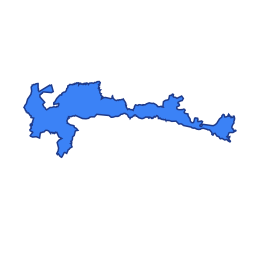 the district of Lolotla, Hidalgo, Mexico, rotated 102°
{"feature_id": "50627088B68203381384952", "entity_name": "Lolotla", "entity_type": "district", "adm_level": 2, "iso_a3": "MEX", "parent_name": "Mexico", "parent_adm1": "Hidalgo", "projection": "albers", "projection_center": [-98.729, 21.009], "detail": "fine", "context": "isolated", "style": "filled", "palette": "blue", "viewbox_px": 256, "rotation_deg": 102, "n_neighbors": 0, "source": "geoboundaries", "source_scale": "gbopen_adm2", "svg_char_len": 5886}
<svg xmlns="http://www.w3.org/2000/svg" viewBox="0 0 256 256"><g transform="rotate(102 128 128)"><path d="M158.1,178.8L156.5,179.9L155.1,179.9L154.9,180.7L154.5,180.1L153.6,180.1L152.8,181.0L152.3,180.3L150.7,180.0L148.2,180.4L146.5,179.1L142.0,178.9L141.5,178.5L140.7,176.5L139.1,178.4L138.6,180.5L137.0,181.4L136.9,185.2L135.9,187.7L136.0,188.3L135.2,188.3L134.4,189.0L133.3,189.3L131.8,188.6L131.0,189.0L130.5,187.6L129.2,188.4L128.8,186.1L127.5,184.1L127.4,182.6L126.6,182.1L128.2,174.5L127.7,171.0L126.7,168.5L125.5,167.7L124.7,166.3L124.1,163.2L121.1,161.4L119.7,149.1L121.0,146.7L120.5,144.9L119.2,142.6L118.7,140.2L117.4,138.6L116.2,138.0L115.6,136.4L114.6,135.1L114.3,133.9L114.7,133.2L114.7,132.3L115.5,130.9L116.7,130.2L117.4,129.3L117.6,128.3L118.3,127.9L117.0,127.4L116.6,126.3L114.8,125.0L114.9,124.6L114.0,124.4L113.7,123.5L113.9,122.9L114.8,122.4L114.6,121.6L115.7,119.7L116.0,116.7L115.7,115.5L114.5,113.8L113.7,113.2L113.1,110.2L113.6,110.4L113.9,110.0L113.3,109.8L113.4,109.5L113.0,109.0L113.5,108.8L113.0,108.0L113.1,107.1L113.7,106.9L113.4,105.7L112.6,105.6L112.5,105.2L111.3,104.7L111.7,103.8L111.5,103.3L109.9,102.5L110.0,101.8L110.8,100.8L112.4,100.2L111.6,98.8L112.3,98.4L112.1,98.0L112.6,96.4L112.2,95.5L112.5,95.1L112.3,93.5L112.0,93.3L113.1,92.3L112.6,92.2L112.1,89.0L112.4,86.6L111.3,82.4L113.6,79.0L113.0,77.6L112.9,76.4L114.0,74.2L114.0,66.3L114.4,65.8L114.6,64.2L114.2,62.9L114.8,60.2L114.7,58.4L114.2,57.0L113.2,56.0L112.6,54.0L112.9,50.2L113.2,49.6L112.9,47.8L114.6,45.6L115.5,44.8L116.7,44.7L117.3,43.7L117.2,43.3L115.6,42.9L115.1,41.7L117.4,39.4L117.6,37.3L119.2,35.8L119.3,35.1L118.6,33.9L119.6,30.9L118.7,29.0L119.8,27.4L120.4,25.6L120.1,25.1L119.6,25.1L117.7,27.5L116.4,26.7L115.3,26.7L116.3,28.5L116.0,29.5L114.5,28.6L111.9,28.3L111.3,27.6L110.6,24.5L108.3,21.9L108.0,22.0L107.9,22.7L108.8,23.8L108.3,23.9L107.5,25.2L106.8,25.3L106.6,26.1L105.5,26.7L102.7,26.2L101.1,25.4L99.5,25.9L98.3,25.6L97.1,26.0L96.9,25.6L95.5,26.1L94.4,26.7L94.4,27.1L94.6,27.5L95.5,27.4L96.1,28.3L96.3,29.0L95.8,29.3L96.1,29.5L95.7,29.7L95.6,30.3L95.2,30.3L95.2,31.0L94.8,31.2L95.2,31.6L94.3,32.1L93.9,32.0L93.6,32.4L94.6,32.5L94.8,32.8L95.5,32.5L96.7,34.2L97.1,35.6L95.1,36.7L94.9,37.7L96.4,38.6L97.9,38.6L100.1,40.4L105.1,42.2L106.9,43.6L108.0,45.1L108.2,46.6L108.8,55.1L109.2,55.9L111.0,56.3L111.4,57.5L111.0,58.1L110.4,58.3L108.7,56.9L106.3,56.4L105.8,57.4L107.2,60.8L106.8,61.3L105.0,61.4L104.0,61.9L104.1,64.1L104.6,64.8L107.6,64.8L109.0,65.1L109.4,65.8L109.4,67.1L108.3,68.4L106.2,69.2L103.7,71.7L101.8,72.3L101.8,75.2L101.3,76.2L100.0,76.3L98.8,75.8L98.1,76.4L97.9,77.3L98.7,78.6L99.4,81.5L99.5,83.0L99.0,84.2L97.8,84.6L96.9,84.4L95.9,82.8L95.2,82.4L94.2,82.7L93.2,84.4L92.5,84.4L90.7,82.4L89.9,80.7L87.6,80.0L85.6,82.2L88.8,86.3L88.2,87.8L88.2,90.0L87.6,90.5L86.0,90.4L85.5,91.2L85.8,91.7L87.2,92.4L87.2,93.2L87.8,94.1L91.2,94.1L92.2,94.8L93.2,97.2L94.9,98.8L99.6,98.4L100.2,97.9L100.3,99.4L99.8,100.1L100.6,101.4L100.9,103.1L100.8,103.7L100.4,103.7L99.4,105.2L98.5,108.1L99.0,109.6L99.0,112.5L100.5,114.9L101.8,116.2L102.1,118.2L102.7,118.2L102.8,121.7L103.0,122.3L103.9,122.9L103.8,125.5L105.6,126.1L107.1,126.0L109.0,126.9L109.6,126.7L109.3,128.2L109.5,129.8L109.0,130.6L109.1,131.3L110.0,132.1L107.7,134.2L106.2,134.3L106.4,134.8L105.8,135.2L104.5,135.2L103.6,135.8L100.6,138.7L101.3,139.2L101.3,140.0L100.9,140.3L101.4,140.2L102.1,141.2L102.2,142.4L102.8,142.9L102.6,143.1L102.8,144.0L103.6,145.1L103.4,146.4L102.7,147.7L101.4,149.1L99.8,149.8L100.2,150.1L102.2,149.8L102.9,151.1L102.8,156.3L103.4,158.2L105.1,160.0L103.4,160.0L102.6,159.4L101.7,161.2L100.6,161.7L100.1,161.4L99.8,162.5L98.7,163.1L97.4,163.3L96.5,162.8L96.7,164.1L94.9,164.3L95.5,164.9L95.3,165.3L94.0,165.0L93.1,165.4L91.9,164.7L91.5,165.7L90.5,164.7L89.4,164.6L88.5,165.8L89.1,167.9L90.1,168.5L90.4,170.1L91.4,170.9L91.4,172.7L92.1,174.9L93.7,175.8L92.7,176.6L92.6,177.9L92.9,178.5L94.0,178.1L94.3,178.4L94.1,179.3L93.4,179.9L93.6,180.4L94.6,180.6L94.8,181.0L94.3,181.5L94.8,182.4L94.5,182.9L94.8,183.7L94.1,183.8L94.3,184.5L95.9,185.2L94.2,185.5L94.1,186.3L94.7,186.9L94.6,187.7L95.6,188.1L95.3,189.1L96.4,189.5L96.3,190.7L97.1,190.9L97.5,193.9L97.9,194.0L99.3,195.6L101.1,195.3L102.1,196.1L104.2,196.1L105.9,197.1L106.5,198.6L108.0,199.9L109.5,199.8L109.7,201.2L110.6,201.9L114.0,203.9L117.7,205.0L118.5,205.8L120.0,205.7L120.6,205.3L119.8,204.5L119.2,202.2L118.4,201.3L118.6,200.7L119.9,200.5L121.7,201.1L121.7,202.2L122.5,202.6L122.7,205.1L123.7,206.6L124.1,208.5L127.1,211.3L126.7,212.3L125.4,213.4L124.8,214.7L122.7,216.3L120.2,214.8L116.0,220.5L114.3,221.0L113.7,221.0L112.9,220.0L112.1,220.0L111.7,219.0L110.9,218.9L110.3,218.3L109.3,210.3L107.9,208.7L101.9,211.8L102.7,212.9L102.4,213.5L110.9,222.5L109.6,223.7L108.6,223.6L107.4,224.3L103.2,225.2L103.4,226.1L104.1,227.5L104.9,228.1L104.9,229.1L105.8,230.1L105.9,230.6L106.9,230.6L108.1,231.2L112.0,229.9L115.3,230.0L120.7,232.2L125.4,232.5L127.3,233.5L128.8,233.7L129.4,234.1L130.9,232.6L131.9,232.1L132.4,231.3L133.3,231.0L133.3,230.4L134.2,229.6L133.9,228.6L136.2,226.2L136.1,225.5L136.6,225.1L137.9,225.1L137.9,222.3L141.7,222.7L142.0,222.4L144.0,223.4L144.6,222.9L144.5,222.4L145.2,222.4L145.3,223.2L144.8,224.2L145.5,224.3L146.1,224.0L146.4,223.1L147.4,222.8L148.1,223.0L148.5,222.6L150.0,223.6L151.0,223.2L151.8,220.5L152.1,220.3L155.8,222.1L156.2,221.8L156.7,219.4L155.6,216.0L156.2,212.4L151.5,212.7L150.6,212.4L150.4,211.4L149.8,210.8L149.3,209.3L147.5,208.2L147.1,206.8L147.3,205.1L149.4,202.5L148.3,202.4L148.1,201.4L148.7,200.5L148.1,200.3L148.1,199.8L148.8,199.0L148.4,198.6L147.9,198.8L147.2,198.0L147.6,197.5L147.1,196.7L151.1,193.8L152.0,190.6L154.2,193.0L156.9,194.3L162.1,191.7L165.0,191.6L167.8,192.4L168.7,191.5L167.8,190.7L169.5,189.0L170.5,187.1L169.9,186.5L165.6,185.4L165.0,184.7L165.6,182.7L161.6,181.9L161.0,181.1L159.9,180.7L158.1,178.8Z" fill="#3b82f6" stroke="#1e3a8a" stroke-width="1.5"/></g></svg>